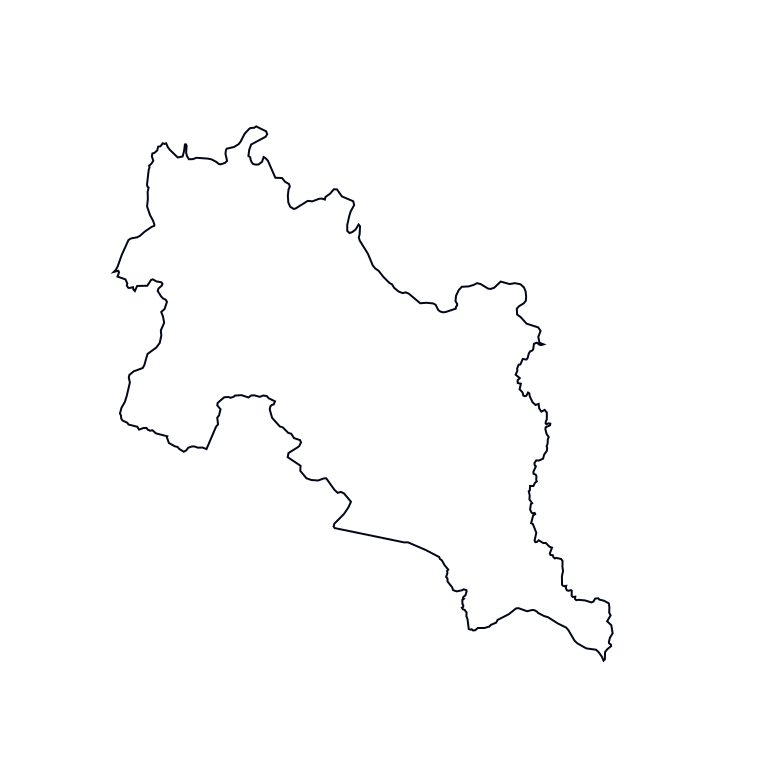 the district of Salemata, Kédougou, Senegal, rotated 16°
{"feature_id": "50182788B75788529380727", "entity_name": "Salemata", "entity_type": "district", "adm_level": 2, "iso_a3": "SEN", "parent_name": "Senegal", "parent_adm1": "Kédougou", "projection": "robinson", "projection_center": [-12.812, 12.604], "detail": "fine", "context": "isolated", "style": "outline", "palette": "ink", "viewbox_px": 768, "rotation_deg": 16, "n_neighbors": 0, "source": "geoboundaries", "source_scale": "gbopen_adm2", "svg_char_len": 6150}
<svg xmlns="http://www.w3.org/2000/svg" viewBox="0 0 768 768"><g transform="rotate(16 384 384)"><path d="M108.2,212.7L106.9,213.7L105.0,213.6L103.6,217.1L101.5,218.1L101.6,222.0L99.7,225.0L97.8,226.3L98.1,229.2L100.7,233.0L99.8,236.1L98.0,239.0L98.9,240.3L98.8,243.1L101.2,257.5L102.2,259.5L103.6,260.1L103.8,264.4L106.0,271.2L107.3,278.6L112.5,286.1L117.1,290.8L119.4,294.2L119.5,295.4L117.5,296.8L112.2,303.2L108.6,308.8L106.3,311.0L100.7,313.8L98.7,316.0L96.3,332.4L95.6,344.3L94.7,348.4L93.4,350.7L97.4,348.4L98.5,349.7L98.2,354.2L106.7,354.7L109.5,358.1L109.6,360.3L111.5,361.9L112.5,362.0L116.1,360.2L117.0,362.2L118.9,363.3L119.7,357.8L129.4,354.8L131.4,348.2L133.0,347.1L136.8,348.1L141.9,347.6L143.5,348.8L143.3,350.5L140.9,354.4L140.8,357.0L145.8,361.4L148.1,362.7L150.9,363.1L152.7,364.8L152.4,372.4L150.0,376.2L152.9,380.0L155.8,385.7L154.7,393.9L156.6,398.9L157.1,406.4L155.1,411.7L148.4,420.3L148.4,432.0L147.6,435.2L139.9,440.8L136.7,445.6L136.9,448.2L139.3,452.6L140.0,466.3L139.8,472.8L138.2,479.3L138.3,485.1L139.8,486.7L140.9,489.6L142.7,491.2L147.9,492.0L149.6,493.4L158.7,493.1L161.1,495.4L164.9,492.6L167.8,491.7L169.4,493.0L172.0,493.4L174.1,492.3L178.4,494.3L190.1,494.0L189.9,495.0L193.5,500.0L199.8,501.5L203.1,501.5L204.9,502.8L210.2,504.3L212.2,502.3L213.4,499.2L216.5,497.0L219.0,496.3L222.6,496.5L227.1,495.1L231.3,495.5L234.3,471.5L235.6,468.6L233.0,462.3L234.1,459.7L233.8,453.3L229.6,450.5L229.3,448.2L230.3,446.5L234.1,440.8L237.9,439.4L240.4,439.5L243.0,437.7L243.9,436.2L250.1,434.0L257.5,434.3L259.4,431.7L262.6,430.6L268.1,430.6L271.2,428.3L274.6,427.9L277.1,429.5L284.0,430.7L283.6,434.1L281.9,435.0L280.9,436.9L281.2,440.0L285.8,447.4L295.5,453.5L298.7,453.6L305.4,457.4L308.6,457.4L312.4,460.8L318.8,461.1L320.3,463.0L319.7,466.8L318.7,468.4L311.2,476.7L311.6,480.9L326.3,485.6L327.5,490.6L335.5,496.0L340.7,496.3L347.3,494.9L352.2,491.3L354.5,490.6L365.4,499.3L369.5,501.4L372.3,499.6L375.7,500.2L384.7,506.3L383.8,512.4L381.4,519.9L374.8,531.9L374.8,534.8L376.3,536.1L447.1,530.7L450.6,529.6L469.4,532.0L484.8,535.1L485.9,536.7L488.3,537.6L492.1,541.4L496.9,544.7L496.2,546.2L497.1,548.5L496.9,552.3L498.6,553.5L499.6,556.4L505.6,560.7L507.2,563.1L511.0,563.3L515.8,560.8L517.2,559.4L519.9,559.4L520.6,560.6L520.5,564.6L518.9,567.0L519.1,568.7L519.8,568.7L518.8,570.0L520.1,573.9L521.3,575.0L521.5,576.5L520.5,577.6L521.9,578.8L523.8,578.9L526.4,581.0L527.1,584.3L529.1,587.0L533.0,596.2L534.8,596.3L535.9,595.6L537.6,596.4L539.6,595.5L541.4,592.7L547.7,590.9L552.0,588.2L553.2,586.0L557.6,582.5L558.2,579.5L567.4,570.9L572.8,563.3L575.1,562.4L584.2,563.0L588.9,560.3L591.0,560.0L594.0,560.7L595.1,561.6L601.7,562.9L606.0,563.0L617.2,566.3L626.2,567.9L629.0,569.7L638.0,578.3L641.4,580.0L651.2,582.4L661.1,581.0L664.2,582.6L668.4,585.9L671.3,589.4L672.2,587.7L670.4,580.9L671.6,577.6L674.6,573.3L674.0,572.0L671.8,571.2L671.3,570.1L671.1,565.6L672.5,560.7L669.0,553.2L663.9,550.6L665.6,543.9L663.5,541.8L662.2,536.5L660.6,532.9L655.2,531.7L650.4,531.9L649.0,530.9L646.2,532.0L645.2,535.5L643.5,536.8L637.1,536.6L630.6,537.8L628.4,538.8L626.8,538.0L626.5,535.7L624.2,536.7L622.7,535.8L621.5,531.0L620.5,530.6L618.4,531.9L616.6,531.9L615.0,530.0L614.8,527.8L613.1,528.7L611.2,528.5L610.4,527.6L608.0,519.7L607.7,514.5L606.0,510.8L604.4,504.9L602.5,503.4L597.4,503.7L596.3,504.6L594.6,503.8L593.4,502.0L591.2,502.5L590.1,501.2L590.6,495.0L588.1,494.9L583.3,492.2L581.0,493.0L575.8,491.6L574.6,493.6L573.0,494.3L571.9,493.0L571.4,485.0L565.7,477.6L563.8,477.2L563.6,469.3L565.2,467.4L564.3,466.4L562.4,467.4L561.2,466.9L559.0,464.3L558.3,458.9L559.3,457.8L555.6,454.9L554.8,451.0L552.7,447.2L553.5,446.2L552.5,441.7L555.7,440.9L556.4,437.2L557.7,435.6L556.7,434.1L556.0,430.7L554.8,429.3L552.5,429.1L551.8,427.1L552.7,421.3L551.4,420.7L550.4,418.6L551.4,415.5L554.1,414.8L557.5,411.9L557.4,407.7L559.0,403.2L558.4,400.3L557.5,399.1L557.7,396.2L556.7,391.9L557.0,389.7L553.9,387.0L551.6,383.0L551.3,381.1L555.0,377.9L554.8,376.3L552.9,376.5L551.2,377.9L550.2,377.3L549.9,375.0L550.3,373.1L548.4,366.6L545.6,364.6L542.9,367.2L539.9,364.7L538.2,360.5L535.5,362.4L531.7,360.5L527.5,355.6L526.2,352.9L524.8,352.5L524.1,356.0L522.5,356.9L521.1,356.7L519.5,353.9L515.8,351.7L515.5,346.0L512.3,346.2L511.4,343.6L512.9,340.9L508.0,338.8L508.5,334.4L507.7,332.4L508.1,328.4L509.7,327.6L510.5,321.7L514.2,321.2L514.9,319.5L514.8,314.5L515.6,312.3L517.4,310.8L517.8,309.5L517.1,304.0L519.6,302.1L522.2,303.3L524.4,303.3L526.5,301.9L522.1,301.5L519.3,296.1L519.9,289.9L516.7,287.1L504.4,286.7L496.9,282.0L492.8,280.5L490.9,275.0L492.3,272.1L496.2,267.8L497.4,264.8L496.6,260.9L494.5,255.8L491.9,252.6L487.7,250.5L482.0,251.0L477.3,253.3L467.9,253.4L463.5,261.0L460.4,263.2L457.7,263.6L449.3,261.3L445.7,261.4L442.9,264.0L438.6,266.8L432.0,269.1L430.0,273.0L428.9,279.4L429.9,284.6L432.2,286.8L432.6,288.3L431.9,290.0L432.2,291.8L423.3,297.9L420.5,298.9L418.1,298.8L415.7,297.9L411.8,293.6L409.0,293.0L402.5,294.2L396.6,296.4L383.1,290.4L379.8,289.9L376.8,291.5L372.7,291.1L367.3,288.8L364.2,286.0L361.4,285.4L353.9,281.2L347.5,276.6L343.8,275.4L340.5,273.1L332.6,263.2L321.2,252.9L319.4,250.1L319.3,246.8L317.5,239.0L315.6,237.7L314.1,243.4L311.6,246.7L309.3,248.4L306.5,247.0L304.8,241.2L304.3,231.8L304.4,227.4L306.0,220.1L304.0,216.8L291.9,215.3L285.1,209.9L282.2,210.6L279.6,216.1L276.1,220.4L276.3,223.0L273.1,222.9L270.7,223.8L264.7,228.2L260.2,229.0L250.5,239.8L248.9,240.6L244.9,239.4L242.0,235.9L239.7,229.6L238.6,223.1L239.1,220.3L237.6,218.0L233.2,216.9L229.2,214.1L222.7,215.7L210.8,201.3L207.6,199.5L205.8,199.0L205.5,204.0L202.8,207.6L200.1,208.5L197.5,208.6L196.0,207.6L194.0,205.3L192.9,202.9L190.8,202.2L189.9,195.9L190.3,190.4L202.1,178.9L202.9,176.0L201.0,173.6L190.1,171.6L188.6,173.5L185.1,174.7L183.9,176.2L181.1,181.8L179.3,190.7L178.1,193.6L174.5,197.5L167.9,201.2L167.6,202.9L168.2,206.5L171.7,212.8L170.2,215.3L166.4,217.9L164.3,218.0L161.9,216.8L156.3,215.6L152.5,215.9L141.5,218.2L138.1,220.6L134.5,221.7L131.7,219.1L130.1,216.3L128.5,209.2L127.5,208.2L126.6,208.6L127.6,215.2L127.7,220.8L123.3,223.1L113.9,218.1L111.1,216.1L108.2,212.7Z" fill="none" stroke="#020617" stroke-width="2"/></g></svg>